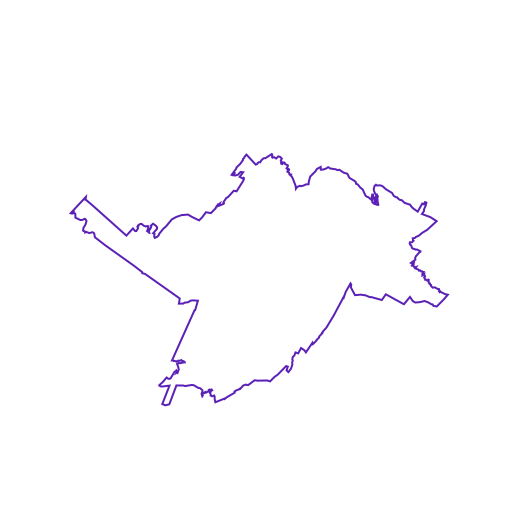 the district of Barasti, Olt, Romania, rotated 141°
{"feature_id": "2599482B95691276874704", "entity_name": "Barasti", "entity_type": "district", "adm_level": 2, "iso_a3": "ROU", "parent_name": "Romania", "parent_adm1": "Olt", "projection": "robinson", "projection_center": [24.65, 44.701], "detail": "fine", "context": "isolated", "style": "outline", "palette": "violet", "viewbox_px": 512, "rotation_deg": 141, "n_neighbors": 0, "source": "geoboundaries", "source_scale": "gbopen_adm2", "svg_char_len": 6155}
<svg xmlns="http://www.w3.org/2000/svg" viewBox="0 0 512 512"><g transform="rotate(141 256 256)"><path d="M373.1,405.9L372.3,404.7L370.6,405.3L370.1,405.0L371.1,404.3L370.0,403.4L369.9,402.5L372.2,399.4L369.8,394.4L368.0,393.2L365.6,392.7L365.4,392.0L365.6,390.1L366.0,389.6L369.0,387.6L372.1,386.6L374.2,384.9L374.4,384.1L373.5,382.7L374.0,381.8L372.8,381.6L371.1,378.7L368.3,377.5L367.6,376.3L367.6,375.3L369.4,371.9L366.5,359.5L356.9,325.0L354.6,315.2L355.2,314.2L353.5,311.9L342.0,271.0L345.9,267.5L342.5,264.8L341.0,264.7L337.6,262.7L335.0,262.5L332.9,261.2L329.3,257.8L337.4,252.2L338.0,252.5L386.8,227.8L386.2,227.5L386.3,226.5L385.3,225.8L384.5,224.3L382.1,223.5L381.6,222.9L381.9,222.2L381.5,222.7L379.7,222.1L379.9,221.8L378.7,220.1L379.3,219.9L379.2,219.5L377.6,217.5L379.2,218.9L382.3,220.3L383.1,221.5L383.8,221.4L384.8,222.1L385.3,221.8L386.1,219.1L387.4,216.5L390.5,214.6L390.6,215.1L391.3,215.2L390.1,215.7L390.0,217.2L390.7,216.9L392.1,217.3L399.3,214.7L400.3,214.8L401.4,215.8L401.9,217.8L407.8,216.7L412.5,216.5L412.7,216.0L412.2,214.7L410.9,213.5L404.8,209.7L422.0,199.9L420.4,197.0L416.7,195.3L399.3,205.5L393.9,201.0L392.9,199.5L386.9,196.1L385.6,194.6L384.0,190.1L382.6,188.4L382.1,185.6L382.5,184.7L385.1,183.1L386.0,180.8L385.2,181.0L384.8,182.1L383.3,182.6L381.1,182.2L381.6,181.6L379.7,181.0L377.4,180.9L377.0,181.6L376.0,181.4L375.7,180.7L374.5,180.2L374.6,179.2L376.3,179.5L376.9,178.9L377.9,179.0L378.2,177.0L379.1,176.1L378.3,174.5L376.4,174.0L376.5,172.9L378.1,170.9L379.6,167.9L370.1,165.0L370.2,164.6L367.4,164.6L358.7,163.2L357.8,163.8L357.8,164.2L355.8,164.0L352.2,162.7L352.0,163.1L351.3,162.8L347.5,163.4L344.7,162.4L344.2,161.4L343.3,160.6L335.3,160.3L333.2,158.1L325.5,152.1L324.0,149.7L317.5,150.4L313.8,150.1L301.9,151.5L300.9,150.0L304.2,147.9L303.9,145.4L299.7,146.4L296.0,148.8L295.2,150.2L293.2,151.7L292.9,152.7L291.2,154.3L288.9,154.5L286.0,156.2L284.5,153.8L278.9,156.1L277.7,152.3L277.9,149.7L266.6,153.1L267.1,151.7L262.2,152.2L261.9,152.6L258.4,152.9L257.6,153.7L253.0,154.3L253.1,154.7L251.0,155.3L246.5,156.0L233.4,160.7L213.5,169.1L213.6,168.7L208.8,171.7L199.8,175.2L200.0,173.8L202.0,172.0L203.7,163.3L198.9,160.0L195.7,156.6L193.4,152.3L192.3,151.6L185.9,142.6L179.2,144.5L171.4,125.4L162.1,127.3L162.5,122.2L161.5,119.6L157.8,117.1L153.3,114.9L151.4,111.7L150.1,108.1L149.2,107.2L149.5,105.6L147.3,103.0L137.2,104.1L131.3,105.2L133.0,107.3L135.1,111.8L135.0,112.2L136.0,112.3L135.9,113.6L135.1,114.1L134.6,115.1L135.5,115.9L136.8,119.2L138.6,120.2L138.9,122.7L138.2,123.3L138.5,123.9L138.2,125.0L138.6,125.2L138.3,125.9L138.6,126.5L136.7,128.9L137.0,129.3L138.5,129.2L138.8,130.7L139.4,131.1L139.0,131.6L139.2,132.3L138.6,133.0L138.7,133.6L137.3,133.9L137.2,135.5L136.6,136.1L138.9,136.2L137.8,137.6L135.9,138.2L136.6,138.9L136.6,139.6L137.4,140.1L137.4,141.3L138.0,142.2L138.5,142.1L138.4,143.3L139.8,145.8L139.0,146.0L139.9,146.1L138.5,146.6L139.2,146.8L139.4,147.4L140.0,147.4L140.0,149.2L139.5,149.6L140.3,150.1L138.7,150.8L139.3,151.0L137.9,151.4L138.1,151.9L137.3,152.2L137.9,152.8L138.4,152.3L139.4,152.2L139.9,153.1L134.5,152.8L133.6,154.3L131.8,155.2L126.9,156.0L125.8,155.8L125.2,156.2L126.9,159.8L128.2,160.8L128.4,161.8L129.5,163.0L129.7,164.0L128.7,166.8L129.1,167.9L128.6,169.2L127.7,169.8L126.1,168.5L124.0,168.7L124.1,169.4L123.0,171.1L121.2,170.0L119.9,170.2L116.6,169.3L112.3,169.4L106.5,168.6L93.7,169.4L96.0,176.4L100.6,184.2L97.0,185.3L96.4,186.3L92.0,188.6L92.0,189.2L90.1,190.0L90.0,190.4L90.7,191.5L93.1,190.7L93.8,192.1L102.4,188.7L103.9,194.0L104.2,197.1L103.9,198.8L107.1,203.8L107.6,207.7L108.8,209.0L109.4,210.9L109.3,212.6L110.0,213.2L111.1,215.9L110.6,219.5L113.0,226.0L113.7,230.4L114.7,232.4L117.9,235.0L118.0,235.9L119.8,235.8L122.2,234.1L123.3,232.4L124.0,230.1L124.0,228.3L123.4,227.8L124.0,226.3L123.7,225.8L125.3,224.5L127.6,221.2L128.5,219.0L128.8,218.8L130.1,220.1L130.4,221.0L125.4,225.1L124.7,226.1L125.4,227.0L126.6,226.7L127.9,225.6L128.2,224.6L131.2,222.1L131.5,222.6L131.7,224.9L128.2,227.7L128.3,228.0L126.3,230.0L127.0,230.6L131.0,227.1L131.7,231.0L132.6,232.4L132.9,234.1L131.2,240.5L131.9,243.3L131.9,247.7L132.8,249.1L131.9,250.7L132.1,252.1L134.1,257.6L134.1,259.2L133.6,260.4L133.3,262.5L135.4,265.6L137.0,270.6L138.7,271.5L139.4,273.1L143.4,277.5L143.7,279.2L144.6,279.8L145.9,279.7L149.6,281.0L151.3,282.3L149.7,284.5L153.9,285.3L156.6,284.4L163.9,283.6L167.9,280.8L170.0,278.7L172.3,280.3L175.0,280.9L177.2,282.1L177.9,283.1L181.0,283.7L182.6,283.2L181.0,285.7L178.5,293.5L178.2,295.5L178.5,296.9L177.5,297.3L178.6,298.5L177.8,300.0L178.6,301.7L178.0,302.2L176.3,302.0L175.8,302.5L175.9,303.2L176.9,303.8L177.1,304.9L174.6,305.8L174.2,306.5L175.7,309.6L175.1,310.3L175.3,311.1L176.2,311.6L177.9,311.0L178.3,311.7L177.9,312.8L176.7,313.4L176.6,314.6L174.6,315.5L174.9,317.9L176.0,319.4L179.0,319.1L179.8,321.5L181.3,322.0L181.4,322.5L179.5,324.7L179.6,325.3L187.1,326.1L188.5,327.1L191.1,327.1L193.8,326.2L194.9,327.1L196.2,327.2L197.1,326.7L198.7,327.2L199.6,340.8L202.3,340.4L203.0,339.8L205.2,339.5L205.6,338.8L210.4,337.5L215.5,337.1L216.2,336.4L223.9,334.4L223.4,333.6L220.5,334.2L220.4,333.9L222.5,333.4L222.6,333.0L222.0,332.0L219.7,330.8L218.5,330.5L215.1,331.1L213.3,329.2L218.9,327.8L217.8,325.2L217.2,324.7L215.6,324.6L217.3,324.0L217.1,323.3L219.1,322.3L230.4,318.5L232.2,320.7L240.7,319.4L242.5,319.8L247.1,318.4L247.8,317.9L247.7,317.1L248.4,316.9L253.3,318.4L251.1,319.6L252.5,319.7L253.5,319.2L253.5,319.9L256.7,319.0L257.2,318.5L264.0,317.7L267.4,321.5L273.7,319.9L277.8,319.5L281.0,326.3L282.8,331.0L288.1,334.6L293.3,336.5L298.4,337.4L307.5,335.6L311.0,335.5L317.5,334.1L318.6,333.3L320.5,333.1L323.2,333.7L323.0,335.0L320.9,337.2L321.6,338.4L315.8,339.4L314.8,340.6L314.8,342.7L315.7,345.9L318.6,345.7L318.8,344.9L320.2,344.0L323.6,342.8L324.3,341.3L324.6,341.8L324.6,343.1L324.9,344.0L323.4,344.3L323.2,345.1L321.9,345.5L321.7,346.3L321.0,346.8L321.3,347.5L323.1,348.3L324.3,350.5L324.7,353.0L326.0,353.8L328.5,354.0L328.7,353.3L329.8,353.3L330.1,351.8L333.3,350.7L334.2,351.4L334.3,354.9L343.9,353.4L351.1,397.6L352.8,406.7L353.1,407.0L351.0,409.0L373.1,405.9Z" fill="none" stroke="#5b21b6" stroke-width="2"/></g></svg>